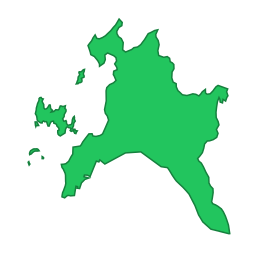 outline of Kota Kinabalu, Sabah, Malaysia, rotated 358°
{"feature_id": "92858781B89121228142422", "entity_name": "Kota Kinabalu", "entity_type": "district", "adm_level": 2, "iso_a3": "MYS", "parent_name": "Malaysia", "parent_adm1": "Sabah", "projection": "natural_earth1", "projection_center": [116.103, 6.0], "detail": "fine", "context": "isolated", "style": "filled", "palette": "green", "viewbox_px": 256, "rotation_deg": 358, "n_neighbors": 0, "source": "geoboundaries", "source_scale": "gbopen_adm2", "svg_char_len": 4893}
<svg xmlns="http://www.w3.org/2000/svg" viewBox="0 0 256 256"><g transform="rotate(358 128 128)"><path d="M77.5,186.8L79.6,181.2L81.1,179.8L83.1,177.9L87.1,176.6L82.3,175.2L82.8,173.5L85.9,173.7L88.4,175.2L95.2,160.0L97.7,160.9L98.7,158.9L103.6,163.2L124.6,152.8L140.0,152.3L159.7,167.8L166.1,169.0L168.0,172.0L170.7,176.9L173.0,180.6L174.5,182.7L177.5,185.8L180.7,189.0L184.0,192.8L186.7,196.2L192.2,207.8L195.5,217.3L199.5,224.5L207.3,232.0L225.3,237.2L226.0,237.1L225.0,228.5L223.5,223.3L222.3,219.6L220.3,215.0L218.5,212.1L215.3,209.5L213.0,208.0L210.0,206.6L209.0,204.6L209.8,201.1L210.8,195.6L210.8,191.6L208.5,189.0L207.0,185.8L207.0,180.1L204.3,174.9L202.0,169.4L200.0,165.6L197.7,163.6L196.5,161.0L199.2,158.1L201.5,155.2L203.0,150.9L204.0,146.6L206.8,143.7L209.0,143.7L212.8,142.6L216.3,140.5L217.8,136.5L216.3,132.5L219.0,128.1L218.3,124.7L216.5,120.6L216.5,115.2L217.3,110.0L218.3,104.8L220.0,100.7L220.8,102.5L221.0,105.3L223.3,106.2L224.0,102.7L226.5,104.5L227.8,101.0L229.0,99.3L227.8,95.2L229.0,92.4L223.8,90.3L219.5,88.6L217.5,89.8L215.8,91.8L214.3,93.8L211.3,96.7L208.2,97.0L206.7,95.8L206.7,92.1L203.5,94.4L202.0,96.4L200.0,98.4L197.0,96.7L194.0,96.1L190.7,97.0L188.0,97.6L183.5,96.7L180.7,93.8L179.2,92.4L177.7,88.6L177.7,85.4L174.7,83.7L173.5,79.4L174.0,73.6L176.0,70.4L176.0,66.1L174.5,64.4L172.5,63.2L172.0,59.8L169.7,58.0L166.2,58.6L161.2,56.6L160.5,51.7L162.0,45.9L161.2,41.6L159.2,38.1L159.0,35.5L161.2,30.9L158.0,31.5L154.5,33.2L151.5,34.4L147.5,40.4L145.5,42.8L143.7,45.1L140.4,47.4L136.7,47.9L134.4,49.7L128.2,52.0L125.4,49.7L126.2,42.5L124.4,38.4L121.7,36.4L120.2,33.2L120.2,30.9L122.4,27.2L125.4,25.5L125.9,22.3L122.9,18.8L120.7,22.3L119.2,24.6L116.9,26.9L114.2,30.1L110.9,33.0L108.7,35.0L105.7,36.7L102.4,37.9L99.9,37.3L98.4,33.8L96.2,36.7L94.7,39.6L92.7,41.9L90.9,44.2L91.9,47.4L92.9,50.8L93.4,53.4L96.9,55.4L100.2,59.8L101.7,62.9L101.7,65.3L106.2,62.4L107.7,58.9L107.4,54.3L110.2,52.3L116.2,55.2L118.4,57.2L118.9,60.6L116.9,63.5L118.9,67.0L119.2,69.3L115.7,70.7L115.2,74.2L115.9,75.3L117.7,80.0L115.2,82.3L111.2,84.0L108.2,86.9L107.4,90.1L107.2,100.2L105.2,108.8L105.9,112.6L107.7,115.2L108.9,119.5L107.4,122.7L105.2,127.3L102.4,133.0L99.9,134.5L95.7,135.3L92.7,134.8L91.9,132.5L88.7,132.5L84.9,137.1L82.2,140.5L80.9,142.8L79.7,144.3L77.7,144.6L72.4,145.2L72.1,149.2L71.9,152.1L70.1,154.7L67.5,159.3L66.0,160.4L64.7,161.5L62.6,161.9L60.1,162.0L60.7,165.2L61.8,166.7L62.8,169.1L63.6,171.1L63.9,172.9L63.8,179.2L63.9,181.1L63.3,183.6L62.3,186.0L61.4,188.3L60.4,190.3L59.8,192.9L59.6,194.5L62.3,195.6L62.6,195.3L65.1,193.4L66.3,193.3L68.3,193.8L72.1,193.6L73.9,184.4L75.5,184.8L75.1,186.4L77.5,186.8ZM44.7,105.1L44.6,103.0L44.6,101.6L43.7,99.8L43.1,98.4L43.7,97.0L44.3,96.0L43.6,95.8L42.9,95.6L42.2,94.4L41.0,94.6L40.1,95.5L40.1,97.1L39.4,98.6L38.5,100.3L37.9,102.4L37.1,104.8L36.9,106.8L36.4,108.7L35.9,110.5L36.8,112.1L37.2,113.4L37.4,115.1L37.5,116.7L38.0,117.7L39.6,118.9L40.8,119.8L42.3,120.0L42.8,118.6L44.0,118.0L45.0,118.9L46.4,118.7L47.0,119.2L47.5,121.3L48.2,123.3L49.3,123.3L49.9,121.6L50.7,120.0L51.4,119.1L52.7,118.6L53.8,118.6L54.1,120.7L55.8,121.2L56.7,122.2L57.1,123.7L57.5,124.0L58.9,125.8L59.0,127.6L57.7,128.2L57.6,130.0L57.9,131.8L58.8,132.8L60.1,133.6L62.1,132.4L64.9,130.8L65.5,127.1L66.6,125.1L67.7,124.8L68.7,125.6L70.1,125.9L71.2,126.6L70.1,128.5L71.1,129.4L72.3,129.0L73.5,129.2L74.5,131.4L75.7,131.8L76.4,130.2L77.2,129.1L75.7,128.8L75.3,128.4L74.8,127.4L73.9,128.2L73.0,127.4L72.7,125.5L73.6,124.0L73.7,122.6L74.2,120.9L75.5,119.3L74.7,117.2L74.9,115.9L74.7,114.5L73.7,115.4L73.1,116.6L72.6,118.0L72.4,119.9L72.0,121.6L71.2,122.6L68.3,123.1L67.7,123.0L66.7,121.2L66.7,119.3L66.2,118.4L65.0,118.9L64.0,118.9L63.0,116.5L63.9,115.4L64.6,114.2L64.7,112.4L65.3,111.4L66.0,110.3L66.7,108.9L66.6,107.2L65.5,106.2L65.9,105.0L66.2,103.6L65.0,104.0L63.7,104.3L62.2,103.7L61.1,103.6L60.4,105.1L59.8,106.7L58.9,107.5L56.4,107.2L55.6,108.0L54.5,108.9L52.9,109.2L51.7,109.4L52.4,108.5L53.2,107.9L52.5,106.9L51.7,106.4L51.2,104.8L51.2,103.4L50.9,102.2L50.1,102.2L48.7,104.4L47.9,105.4L46.7,106.1L45.5,106.2L44.7,105.1ZM86.1,70.1L86.6,67.9L85.3,68.2L84.5,69.1L83.5,69.9L82.4,70.3L81.5,70.1L80.9,70.4L81.0,71.6L81.6,72.9L81.0,74.1L80.2,74.8L79.8,76.3L79.7,77.9L78.9,79.5L78.5,80.7L78.5,80.9L77.8,82.1L79.6,82.0L80.3,81.2L82.3,80.9L83.5,80.1L83.7,78.4L83.1,76.8L84.3,76.3L85.8,75.7L86.0,74.5L85.4,73.1L85.4,71.4L86.1,70.1ZM36.3,145.6L35.0,145.7L34.1,145.6L32.6,145.7L29.9,147.3L29.2,148.4L28.7,149.8L28.8,151.2L30.5,150.5L31.9,149.1L33.6,148.0L34.8,147.8L36.7,147.9L38.4,147.7L37.5,146.3L36.3,145.6ZM38.0,120.7L37.3,119.3L36.7,118.7L35.4,118.7L35.4,119.4L35.5,120.7L35.6,122.2L35.9,123.3L36.3,122.3L37.7,122.5L38.8,122.4L38.0,120.7ZM28.7,160.6L28.1,159.5L27.7,158.1L27.0,158.7L27.5,160.4L27.9,161.6L28.7,160.6ZM42.7,155.0L41.9,153.9L41.2,153.5L41.2,154.5L41.1,155.6L42.3,155.7L42.7,155.0Z" fill="#22c55e" stroke="#15803d" stroke-width="1.5"/></g></svg>